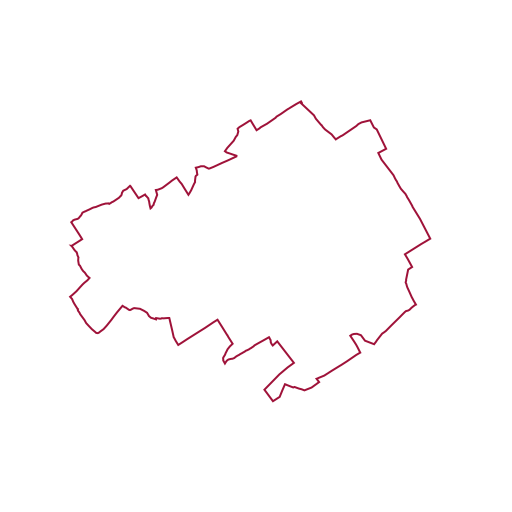 Sucilá, Yucatán, Mexico, rotated 141°
{"feature_id": "50627088B76826133075245", "entity_name": "Sucilá", "entity_type": "district", "adm_level": 2, "iso_a3": "MEX", "parent_name": "Mexico", "parent_adm1": "Yucatán", "projection": "orthographic", "projection_center": [-88.347, 21.211], "detail": "fine", "context": "isolated", "style": "outline", "palette": "rose", "viewbox_px": 512, "rotation_deg": 141, "n_neighbors": 0, "source": "geoboundaries", "source_scale": "gbopen_adm2", "svg_char_len": 5335}
<svg xmlns="http://www.w3.org/2000/svg" viewBox="0 0 512 512"><g transform="rotate(141 256 256)"><path d="M103.1,196.4L103.0,196.9L102.7,198.7L102.2,201.6L101.9,203.4L101.7,205.0L101.5,206.8L101.1,208.1L101.0,209.2L100.8,210.0L100.8,210.5L100.9,212.2L101.0,214.1L101.1,217.0L101.0,217.9L100.8,219.1L100.7,220.0L100.3,222.1L100.1,223.5L99.6,225.2L99.5,226.0L99.5,226.6L99.1,228.9L98.3,232.2L97.8,251.9L96.1,259.1L87.4,257.4L82.5,278.4L83.5,281.7L82.7,285.4L81.8,289.6L89.9,293.4L93.4,294.1L96.3,293.9L109.5,295.0L112.2,295.2L114.0,295.5L114.5,295.7L120.1,296.4L120.6,296.4L120.7,299.2L120.7,302.9L122.5,310.1L122.7,311.0L122.9,314.0L122.7,316.5L122.8,316.6L122.9,316.8L123.1,325.0L122.5,328.4L122.4,328.7L124.8,346.1L124.0,346.1L123.7,347.8L129.3,348.8L139.7,350.2L146.9,350.7L147.9,350.8L152.4,351.4L153.7,351.1L156.6,351.3L164.7,351.9L165.0,352.0L171.4,353.1L173.0,353.0L176.4,353.4L175.3,361.5L174.8,364.8L176.3,365.2L179.3,365.5L183.5,366.0L187.8,366.6L190.2,366.5L191.4,363.9L194.5,361.7L196.7,361.3L200.8,359.6L210.2,358.1L214.2,357.0L213.7,355.0L208.1,346.2L208.6,345.7L209.3,345.9L218.1,348.1L224.2,349.8L233.0,352.0L237.2,353.3L237.6,353.6L237.8,353.7L239.2,356.7L239.8,358.3L240.8,359.2L242.3,360.4L244.8,361.3L247.2,362.5L248.0,360.3L248.2,359.8L249.3,358.1L250.4,356.1L252.2,356.1L253.0,355.8L256.3,352.6L256.8,351.8L258.8,351.0L261.4,349.7L265.0,347.9L268.4,346.6L270.0,346.1L269.1,353.5L268.4,358.7L268.5,361.8L268.2,367.0L274.0,367.5L276.8,367.5L285.0,367.8L286.6,368.0L290.6,369.3L292.3,370.3L294.3,365.7L296.6,364.4L300.7,361.9L302.1,361.3L303.4,360.2L304.8,360.1L306.8,359.4L308.0,359.4L307.5,360.5L306.7,362.2L305.6,364.2L304.7,365.7L304.1,367.3L303.4,368.6L303.5,370.1L303.5,371.5L303.7,371.8L303.5,373.6L307.2,374.2L310.9,374.9L310.1,383.9L309.6,389.3L309.7,389.8L312.3,389.6L314.4,389.4L318.1,390.3L319.4,389.8L320.3,389.5L321.4,388.6L322.5,387.9L323.0,387.8L324.0,387.8L325.0,387.6L325.9,387.5L332.6,388.1L333.3,388.3L334.5,388.6L335.5,388.6L337.3,388.9L337.4,389.6L339.9,391.4L343.5,393.0L346.4,393.9L348.0,394.4L349.7,394.9L351.6,395.9L352.8,396.3L356.1,397.0L359.5,397.9L360.3,398.0L360.9,398.3L361.8,398.5L363.6,398.9L365.3,398.1L366.6,397.6L367.8,397.5L368.5,397.3L369.9,397.0L370.7,397.0L371.5,397.2L373.0,397.9L374.1,398.4L374.9,398.6L375.7,398.8L377.1,398.5L377.7,398.5L378.3,398.5L378.5,396.4L379.9,383.2L380.5,378.5L392.9,379.9L393.1,380.1L393.0,379.0L393.1,377.4L393.2,376.4L393.3,374.7L393.2,373.1L393.0,371.6L393.3,371.2L393.5,370.4L394.2,369.2L394.6,367.8L394.9,366.6L395.2,366.4L396.4,365.1L397.1,364.3L399.1,360.8L398.9,359.2L399.4,356.9L399.7,355.2L399.8,352.9L399.5,350.9L399.6,349.4L399.7,348.3L399.8,347.4L399.5,345.3L399.2,343.7L402.4,343.2L406.3,343.2L408.8,343.0L410.8,342.7L412.2,342.5L417.7,341.6L419.6,341.5L423.4,341.3L426.1,341.3L426.0,338.3L426.8,335.6L427.0,334.6L427.3,332.8L427.8,328.7L427.9,327.6L427.8,326.7L428.4,326.4L428.8,325.0L428.8,323.7L428.9,322.8L429.2,321.9L429.3,320.6L429.6,314.1L430.2,310.8L430.0,307.4L429.6,302.4L428.8,298.3L428.6,296.8L427.5,295.6L426.4,295.3L424.4,295.3L420.5,295.1L416.6,295.7L415.0,296.0L408.6,297.4L404.8,298.4L399.3,299.7L391.1,301.3L390.2,298.6L389.7,297.9L388.6,294.1L388.0,293.3L387.1,293.0L386.4,292.9L385.0,292.7L383.5,292.2L382.8,291.5L379.4,288.0L377.5,283.8L376.4,280.4L376.8,277.7L377.0,276.8L376.5,274.1L375.2,272.2L373.6,269.7L372.7,270.6L370.1,267.7L369.2,267.1L368.5,267.0L366.9,265.6L363.1,263.0L362.4,262.4L362.8,261.5L363.7,259.7L365.0,257.0L365.5,256.0L366.5,253.9L366.7,253.5L367.9,251.0L368.4,250.0L369.1,248.6L369.9,247.0L371.1,244.6L371.2,243.6L371.8,240.6L372.4,235.8L367.0,235.2L361.9,234.7L346.7,232.9L341.0,232.2L337.6,231.9L330.9,231.3L326.0,230.7L327.0,222.2L328.2,212.5L328.1,212.4L328.5,210.4L329.4,202.5L333.2,202.2L335.0,201.8L336.8,201.4L338.5,200.6L340.6,199.7L342.1,198.8L343.5,198.3L344.7,197.9L345.8,197.4L346.5,196.3L347.2,195.4L347.8,192.0L346.1,192.6L344.6,193.0L343.2,193.0L342.3,192.8L341.7,192.5L340.6,192.0L339.9,191.6L339.0,191.0L337.2,190.4L334.7,190.4L333.2,190.2L331.4,189.8L329.9,189.7L328.0,189.3L326.5,189.1L325.0,188.8L323.6,188.8L322.4,188.4L320.4,187.9L318.9,187.8L317.4,187.5L316.3,187.5L314.8,187.3L313.5,187.5L310.4,187.0L304.7,186.0L304.2,185.9L297.0,184.7L297.1,183.9L297.3,183.3L297.6,181.4L298.5,180.1L298.9,179.5L299.3,177.4L299.3,175.9L293.2,176.3L293.8,149.1L301.4,149.5L312.2,149.3L333.6,146.8L334.2,132.5L326.3,131.6L321.2,134.4L320.5,134.8L314.2,138.1L311.6,133.5L309.8,130.4L308.5,130.0L307.2,127.8L306.1,126.0L305.0,124.5L304.4,123.7L302.9,121.1L295.6,118.8L293.8,118.7L286.3,118.3L286.2,122.5L278.2,120.1L269.2,119.1L259.3,117.8L258.8,117.7L251.5,116.9L240.2,116.0L236.3,115.4L235.8,115.3L234.5,121.3L234.0,124.1L233.6,127.5L232.9,134.7L230.8,134.5L229.0,133.8L226.5,132.0L224.3,128.4L224.6,121.6L219.7,113.1L219.4,113.2L216.5,113.9L215.1,114.4L206.8,116.3L204.8,116.1L202.3,116.0L201.4,116.1L194.3,116.9L182.8,118.0L180.3,118.3L175.5,118.8L174.9,118.8L174.1,118.8L172.2,117.9L170.6,117.6L167.7,117.9L166.2,117.9L165.4,117.9L163.0,117.8L162.3,117.6L161.6,122.2L161.0,125.1L161.0,125.5L159.2,132.2L158.9,133.4L158.2,136.2L157.5,138.1L156.7,139.8L156.4,141.2L156.1,141.5L154.8,142.4L154.2,143.2L146.3,149.7L141.6,149.2L139.9,158.6L139.2,163.6L119.9,161.3L109.7,159.8L105.2,181.6L103.4,195.6L103.3,196.1L103.1,196.4Z" fill="none" stroke="#9f1239" stroke-width="2"/></g></svg>